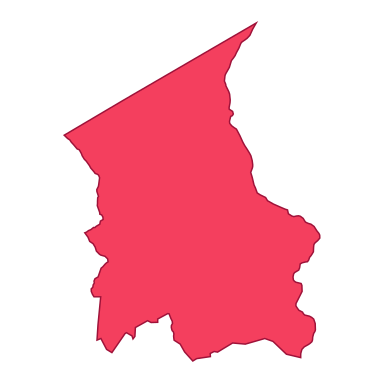 the district of Morro Cabeça no Tempo, Piauí, Brazil
{"feature_id": "56859067B6613236641364", "entity_name": "Morro Cabeça no Tempo", "entity_type": "district", "adm_level": 2, "iso_a3": "BRA", "parent_name": "Brazil", "parent_adm1": "Piauí", "projection": "natural_earth1", "projection_center": [-43.896, -9.762], "detail": "fine", "context": "isolated", "style": "filled", "palette": "rose", "viewbox_px": 384, "rotation_deg": 0, "n_neighbors": 0, "source": "geoboundaries", "source_scale": "gbopen_adm2", "svg_char_len": 2898}
<svg xmlns="http://www.w3.org/2000/svg" viewBox="0 0 384 384"><path d="M300.7,357.6L300.7,355.0L300.8,353.3L301.9,349.4L304.3,346.8L308.6,344.4L310.0,343.4L311.9,341.7L312.5,340.0L312.7,337.1L313.7,333.4L314.9,331.5L315.4,329.9L315.3,326.8L315.2,323.5L313.7,319.1L311.7,317.4L309.5,316.2L304.6,315.0L303.4,313.7L302.5,312.1L298.8,310.2L296.7,307.2L295.9,305.8L296.0,303.5L302.1,291.4L301.9,285.4L301.1,283.5L295.8,282.2L294.4,281.2L293.4,280.0L293.0,277.0L293.7,273.7L294.7,272.5L298.7,270.1L299.6,267.9L300.2,263.9L302.2,262.8L305.4,262.0L307.5,261.7L308.7,260.0L309.6,257.3L310.6,256.2L311.8,254.5L313.4,251.8L313.6,247.0L313.9,244.5L315.0,242.9L317.7,240.6L319.8,238.1L319.7,235.1L318.9,233.4L316.9,230.9L314.1,226.5L311.0,224.2L308.0,223.3L305.5,222.1L304.6,220.8L303.2,218.4L300.4,216.3L298.7,215.8L296.5,216.0L293.8,216.6L291.8,216.0L290.3,215.0L288.4,213.8L287.5,209.9L285.2,209.2L281.0,207.4L273.5,204.1L267.5,200.7L265.6,197.5L260.1,194.8L257.2,192.9L255.4,187.9L254.0,184.9L252.2,177.3L250.7,172.4L252.4,167.9L252.7,166.3L252.7,164.5L252.2,160.6L250.9,155.8L249.7,153.5L247.2,149.4L244.7,145.6L242.8,142.1L239.9,135.7L236.4,129.1L234.2,127.7L231.7,125.8L229.7,123.4L229.5,121.2L230.7,116.4L232.4,115.6L233.3,114.0L232.6,111.4L229.2,109.2L229.1,107.6L230.0,102.9L230.2,100.0L229.6,94.1L228.7,91.5L225.9,85.8L225.7,84.2L224.4,81.1L225.0,75.6L225.7,73.8L229.3,67.5L231.4,60.6L233.5,57.9L235.1,55.6L236.4,52.7L238.9,48.1L239.5,46.6L240.8,43.4L241.8,42.1L247.0,38.4L249.9,35.3L252.7,29.1L256.2,23.0L189.8,61.6L133.2,94.5L121.4,101.4L64.2,135.2L67.6,138.5L69.8,139.9L71.3,142.2L73.7,144.8L77.1,148.9L79.3,149.8L81.4,153.6L82.2,155.8L84.3,159.2L86.3,161.2L89.5,165.7L90.7,168.0L94.0,171.8L95.1,173.4L97.5,174.3L98.6,175.2L99.6,177.7L98.8,183.9L98.4,186.4L96.8,189.6L96.9,191.5L98.5,196.4L97.7,197.7L97.5,201.2L97.5,203.2L97.3,205.7L99.6,212.2L99.9,214.3L101.6,214.8L102.9,217.0L103.1,219.5L100.4,221.1L99.8,224.2L96.2,226.3L95.0,227.5L93.5,227.5L90.9,229.6L88.5,230.6L86.4,232.2L84.8,232.8L88.0,237.2L89.7,241.4L93.1,243.7L95.2,247.2L96.4,251.1L99.4,254.2L100.8,255.1L105.0,256.3L107.6,258.8L108.1,261.8L106.7,262.7L105.4,263.8L102.7,266.9L101.1,268.2L98.1,276.9L95.0,278.7L94.0,281.1L94.3,283.1L93.2,284.8L92.8,287.3L91.2,288.9L91.3,291.5L92.5,294.4L94.0,296.8L100.7,296.8L98.0,324.7L97.0,340.1L98.5,339.5L100.9,338.5L106.6,349.4L111.9,352.6L123.1,336.4L125.0,333.6L126.5,332.7L132.0,335.9L133.0,338.9L134.9,336.4L135.4,327.5L147.6,320.7L151.1,322.5L157.7,322.3L157.7,319.0L167.7,313.6L169.1,313.8L169.8,315.7L170.9,318.5L172.2,321.1L172.5,323.5L171.4,325.5L171.3,327.3L171.7,329.2L172.2,330.7L173.3,331.7L173.9,333.9L173.6,336.0L173.8,338.0L174.1,340.2L180.2,344.1L184.6,351.9L192.8,361.0L196.7,358.6L210.4,356.6L210.2,353.5L214.1,351.5L217.6,352.1L223.3,348.6L232.6,343.0L245.3,344.1L264.8,338.5L273.0,341.4L286.4,354.2L300.7,357.6Z" fill="#f43f5e" stroke="#9f1239" stroke-width="1.5"/></svg>